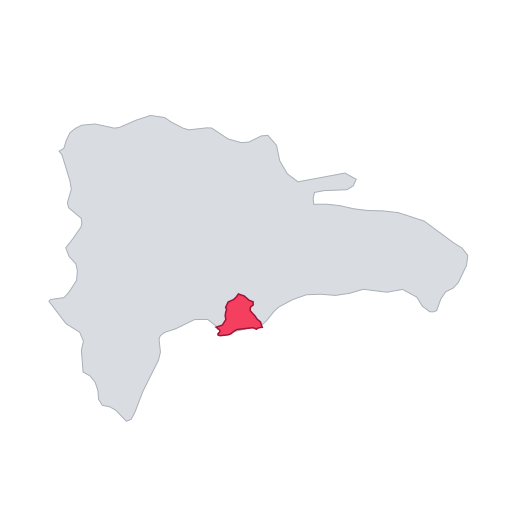 location of Peravia within Dominican Republic, rotated 354°
{"feature_id": "DOM-1977", "entity_name": "Peravia", "entity_type": "Province", "adm_level": 1, "iso_a3": "DOM", "parent_name": "Dominican Republic", "parent_adm1": "", "projection": "robinson", "projection_center": [-70.38, 18.354], "detail": "fine", "context": "in_parent", "style": "filled", "palette": "rose", "viewbox_px": 512, "rotation_deg": 354, "n_neighbors": 0, "source": "natural_earth", "source_scale": "10m", "svg_char_len": 2080}
<svg xmlns="http://www.w3.org/2000/svg" viewBox="0 0 512 512"><g transform="rotate(354 256 256)"><path d="M71.9,353.4L72.5,331.5L75.5,322.7L72.7,313.4L60.0,303.5L52.2,290.7L45.3,279.4L46.9,277.8L60.7,277.3L65.6,273.1L75.0,261.5L76.8,252.2L76.1,245.2L70.0,236.8L67.7,227.9L75.2,220.2L85.0,208.9L86.3,204.6L86.1,200.3L74.7,188.4L74.0,183.3L79.3,170.3L78.8,161.8L73.6,135.1L71.1,131.1L76.1,128.9L79.5,121.0L83.9,113.9L89.9,110.1L96.5,107.7L109.9,107.9L128.3,114.0L133.5,113.9L151.2,108.3L165.9,105.2L179.7,108.8L185.3,113.6L196.7,121.2L202.4,123.5L220.4,123.4L225.3,124.1L240.5,136.7L253.2,141.7L260.6,142.0L273.9,137.1L280.4,137.3L288.0,148.1L289.5,163.6L295.8,177.6L305.5,186.6L353.1,182.8L363.7,190.2L360.1,196.3L353.4,199.6L330.7,198.1L320.8,198.9L318.8,205.0L318.8,210.6L332.0,211.9L345.0,214.8L358.3,219.3L371.8,222.4L386.9,224.4L401.9,227.7L426.8,238.8L454.4,264.0L461.8,269.7L466.7,277.6L464.4,287.3L454.6,303.3L449.0,308.4L440.9,311.5L435.3,318.0L430.0,329.2L426.7,330.1L422.9,329.6L416.2,323.3L411.5,313.6L398.2,304.5L382.4,305.7L359.1,300.3L345.0,302.9L330.9,303.5L316.4,300.8L302.0,299.8L287.5,303.3L273.4,309.1L268.3,312.8L259.3,321.9L254.5,325.2L220.3,329.8L210.5,323.1L201.3,314.0L188.2,312.8L169.1,319.8L157.2,322.4L152.4,325.4L150.9,328.8L150.9,341.6L148.2,349.3L129.6,378.4L119.1,399.0L114.7,405.4L109.8,406.8L100.6,394.9L94.8,390.7L87.6,388.5L84.5,382.2L84.7,373.3L82.8,364.6L78.3,357.8L71.9,353.4Z" fill="#d9dde1" stroke="#a8b0b8" stroke-width="1"/><path d="M254.8,327.6L252.3,327.6L250.1,328.0L248.7,328.9L246.7,327.5L244.5,327.0L229.8,327.1L227.3,327.9L222.6,330.9L219.9,331.5L211.9,331.5L210.1,330.7L209.9,329.6L210.7,328.7L211.8,327.9L212.3,327.1L212.0,325.7L211.2,324.9L210.4,324.4L209.5,323.1L208.9,322.6L215.3,321.2L219.4,316.0L219.1,312.3L220.0,308.7L221.2,306.3L220.4,303.9L223.5,298.8L229.1,297.0L232.0,294.8L234.5,291.9L240.1,294.5L244.6,299.4L248.3,301.2L248.1,304.4L245.1,306.3L244.5,309.7L246.6,312.7L248.9,315.7L249.7,317.4L250.6,319.0L252.1,320.6L253.6,322.0L254.1,325.0L254.8,327.6Z" fill="#f43f5e" stroke="#9f1239" stroke-width="1.5"/></g></svg>